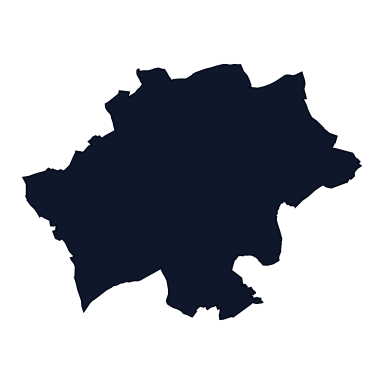 outline of Gulpen-Wittem, Limburg, Netherlands
{"feature_id": "6326949B15301037000239", "entity_name": "Gulpen-Wittem", "entity_type": "district", "adm_level": 2, "iso_a3": "NLD", "parent_name": "Netherlands", "parent_adm1": "Limburg", "projection": "robinson", "projection_center": [5.917, 50.8], "detail": "fine", "context": "isolated", "style": "filled", "palette": "ink", "viewbox_px": 384, "rotation_deg": 0, "n_neighbors": 0, "source": "geoboundaries", "source_scale": "gbopen_adm2", "svg_char_len": 5925}
<svg xmlns="http://www.w3.org/2000/svg" viewBox="0 0 384 384"><path d="M301.8,72.3L295.3,75.4L294.1,75.8L292.7,75.9L287.7,75.1L287.1,75.2L285.7,75.7L285.3,75.5L275.7,81.9L270.2,84.7L264.7,86.8L257.3,88.5L255.2,88.1L252.1,87.9L249.8,87.1L250.1,87.0L250.6,86.3L250.8,85.9L250.7,85.1L248.9,79.8L246.9,75.7L243.3,71.5L240.5,64.8L238.7,65.0L234.1,64.7L230.3,65.4L226.7,64.8L223.4,64.7L222.3,64.9L214.9,66.8L212.1,67.8L205.8,69.3L195.7,72.9L193.1,74.4L192.1,75.6L186.5,79.0L185.4,79.2L179.6,79.2L174.0,79.7L171.0,80.6L170.0,78.5L169.4,77.7L168.9,77.4L168.9,77.1L168.3,76.3L167.3,74.2L164.3,69.5L163.0,69.7L158.4,68.3L154.6,69.0L154.1,69.3L151.0,70.3L146.8,71.3L146.5,70.9L142.6,71.1L142.6,71.3L140.3,71.5L139.1,70.9L138.9,70.3L138.9,69.3L138.2,69.3L137.7,69.7L137.5,70.3L137.1,70.4L137.1,73.5L137.5,74.9L140.6,80.4L140.5,80.7L141.0,81.8L142.8,84.0L142.7,84.1L142.8,84.2L140.0,88.0L139.2,88.9L138.2,89.3L135.4,93.0L129.5,96.7L127.8,96.6L128.7,94.4L129.3,92.1L119.4,91.0L119.2,93.3L119.0,93.2L118.8,94.1L108.8,102.1L105.5,104.0L105.7,107.0L106.4,108.7L107.7,110.8L110.3,113.4L111.4,115.3L111.7,117.6L113.4,122.7L113.8,125.1L114.9,129.0L115.2,130.7L105.2,136.1L101.8,138.5L99.4,136.1L96.9,137.2L95.8,135.9L92.6,137.4L93.1,138.0L91.4,139.1L91.6,139.4L88.5,141.5L92.0,145.1L89.3,146.0L87.6,147.5L83.4,152.5L76.0,151.2L75.8,151.6L76.2,151.8L76.1,152.0L73.5,157.3L70.3,164.7L69.5,165.9L63.9,171.4L60.4,169.8L59.4,171.1L58.4,170.6L57.9,171.3L52.5,169.2L52.0,170.2L48.4,168.4L45.7,171.2L43.9,171.9L36.4,173.9L28.6,176.7L23.0,177.5L24.9,180.9L27.1,185.5L26.4,185.7L26.6,187.9L26.5,195.6L25.9,196.0L28.0,200.8L27.8,200.8L30.9,205.0L34.7,208.8L36.1,210.6L38.0,213.5L39.7,216.7L41.0,215.6L45.1,218.0L50.2,220.4L50.2,222.5L50.8,225.7L53.5,225.8L56.9,225.5L56.7,227.5L56.1,227.6L56.5,229.0L55.9,229.1L56.3,230.3L53.0,231.4L55.6,238.2L59.6,240.1L62.2,238.5L65.4,242.4L66.9,245.3L69.6,251.3L73.4,255.2L74.1,256.8L70.6,258.0L72.0,260.5L73.1,261.8L74.5,263.9L75.5,266.6L75.2,276.0L75.1,277.4L74.7,277.4L76.3,282.5L77.9,289.4L81.5,300.0L81.8,301.3L82.1,306.2L83.8,311.5L89.9,302.6L92.1,300.3L94.2,299.1L106.5,289.6L111.1,287.2L113.0,285.7L113.7,285.4L116.7,284.9L119.5,283.4L121.1,282.8L123.1,282.6L125.0,281.7L127.1,281.4L128.8,281.8L133.6,280.6L137.6,280.6L140.0,279.9L161.1,268.2L162.4,271.5L163.7,274.0L165.6,277.0L166.1,278.5L167.1,280.2L168.7,289.3L168.8,294.1L166.9,299.7L166.7,300.8L166.8,301.6L167.8,303.9L168.5,304.4L173.4,307.3L177.6,308.7L181.1,310.6L181.7,311.1L182.5,312.1L183.9,313.4L187.3,314.4L191.1,316.4L192.3,316.7L196.3,311.3L195.2,310.7L196.0,309.5L197.6,308.1L197.7,307.7L199.0,306.8L201.3,306.0L203.5,307.1L205.9,305.6L206.6,308.4L207.5,309.4L210.9,306.8L212.4,306.7L214.8,305.6L217.2,305.4L216.9,306.5L217.8,309.1L220.7,308.1L220.1,312.7L219.5,315.0L220.0,319.3L223.6,318.9L231.1,316.4L233.2,316.8L250.6,304.1L251.6,303.0L252.8,302.4L253.2,302.4L254.8,303.0L257.3,303.3L258.0,303.1L261.8,302.7L262.6,302.2L260.9,300.7L260.4,299.5L260.7,298.7L260.5,298.3L260.2,298.3L259.4,298.9L258.6,298.1L257.8,298.0L257.0,297.6L256.7,297.8L256.7,298.2L255.3,298.1L255.7,299.0L255.1,299.3L254.8,299.1L254.6,298.2L253.6,298.3L252.4,297.9L252.2,297.4L252.4,296.7L251.4,297.0L251.0,296.9L251.2,295.6L250.7,295.3L250.6,294.8L253.0,294.5L253.1,294.2L253.7,293.7L255.0,293.3L255.2,292.2L254.8,291.9L253.7,292.3L253.0,292.2L253.0,291.8L253.5,291.2L253.6,290.7L252.2,290.5L252.0,290.2L252.3,289.5L252.1,289.2L250.6,289.2L250.6,288.8L251.3,288.5L251.1,287.6L250.4,287.6L249.8,288.1L246.7,288.1L246.5,287.6L246.9,286.5L245.5,286.1L245.5,285.7L246.0,285.6L246.0,285.4L245.2,284.6L244.4,284.7L245.0,285.8L244.8,286.2L244.4,286.4L243.9,286.3L243.4,285.4L241.7,285.3L240.6,285.0L240.8,284.6L241.3,284.4L242.5,284.4L242.8,284.0L242.5,283.4L241.7,282.7L242.2,282.5L241.5,278.1L231.3,270.3L234.1,259.9L234.4,260.1L234.8,259.3L235.5,259.3L235.9,258.3L237.0,257.3L237.6,256.5L238.1,255.0L239.5,255.5L240.3,255.2L242.4,255.6L243.0,255.3L243.5,255.5L244.3,254.9L246.2,254.8L247.1,255.0L249.8,254.7L253.1,255.3L254.9,256.7L255.7,256.7L257.0,257.9L259.0,259.2L259.2,259.4L258.6,259.9L262.0,263.3L263.0,264.8L267.3,265.0L271.8,264.0L273.7,263.4L276.0,261.8L277.8,261.0L278.8,260.2L278.5,258.5L278.6,256.6L278.6,256.1L279.7,253.8L279.8,253.0L280.5,251.7L280.3,251.1L280.5,250.5L280.3,249.6L280.5,249.0L280.8,244.9L281.2,244.0L280.7,242.6L281.4,240.8L281.5,238.6L279.1,229.9L277.3,224.6L275.8,218.8L276.3,218.6L276.1,217.9L276.5,216.8L275.7,216.4L275.5,215.6L276.0,215.2L275.9,214.9L276.1,214.3L276.8,213.9L277.2,213.2L277.0,212.7L276.9,212.5L276.8,211.5L277.1,210.5L277.5,210.2L277.4,209.2L278.3,208.8L278.5,208.3L278.5,208.0L277.6,207.4L279.0,206.5L279.4,205.8L279.4,205.2L280.1,203.9L281.1,203.1L281.2,202.8L282.4,202.8L282.7,202.6L282.5,201.0L284.0,200.9L284.6,201.2L284.9,201.8L286.3,201.9L286.1,202.2L286.3,202.3L286.2,202.7L286.6,203.0L286.7,203.5L287.1,203.5L287.1,204.0L287.5,204.3L288.2,204.3L289.3,203.9L289.6,204.3L289.9,204.2L290.0,205.2L290.3,205.1L290.5,205.4L291.1,205.2L291.9,205.7L292.2,205.3L292.8,205.2L293.6,205.7L294.2,205.5L294.7,206.1L294.7,206.3L295.2,206.7L295.3,207.1L302.2,200.1L307.8,196.2L315.2,189.6L322.4,184.8L322.8,185.0L323.4,184.8L324.6,185.3L325.6,186.3L326.3,186.7L331.3,187.8L346.6,182.1L346.9,182.3L347.3,181.9L349.4,178.0L351.0,179.0L354.1,176.1L354.1,172.6L354.5,171.7L356.7,169.0L356.5,168.8L361.0,165.9L357.7,163.0L359.6,162.0L359.8,161.6L359.7,161.5L359.2,161.7L358.4,160.1L354.9,157.5L354.3,156.0L352.7,153.4L337.7,149.4L331.7,148.0L332.8,145.2L333.2,145.4L334.4,142.4L335.0,142.6L336.9,136.2L329.2,133.5L327.0,131.6L324.8,129.9L324.0,129.1L323.5,128.2L316.4,121.1L313.0,118.8L312.7,118.4L311.8,118.6L311.4,118.5L311.6,117.8L311.5,117.4L310.6,116.1L309.0,112.9L307.2,108.8L306.0,104.9L303.3,99.7L303.7,98.9L304.2,98.5L305.2,98.6L306.2,98.4L305.6,96.8L305.7,96.4L304.0,90.7L303.8,89.5L303.8,88.5L304.5,85.4L304.7,83.7L304.6,81.9L304.1,79.7L302.7,75.4L301.8,72.3Z" fill="#0f172a" stroke="#020617" stroke-width="1.5"/></svg>